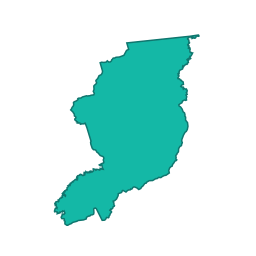 Miranda, Mato Grosso do Sul, Brazil (Mercator projection), rotated 74°
{"feature_id": "56859067B93702669901157", "entity_name": "Miranda", "entity_type": "district", "adm_level": 2, "iso_a3": "BRA", "parent_name": "Brazil", "parent_adm1": "Mato Grosso do Sul", "projection": "mercator", "projection_center": [-56.507, -20.138], "detail": "fine", "context": "isolated", "style": "filled", "palette": "teal", "viewbox_px": 256, "rotation_deg": 74, "n_neighbors": 0, "source": "geoboundaries", "source_scale": "gbopen_adm2", "svg_char_len": 5871}
<svg xmlns="http://www.w3.org/2000/svg" viewBox="0 0 256 256"><g transform="rotate(74 128 128)"><path d="M209.6,178.3L210.1,176.4L210.0,175.4L209.6,174.7L208.1,173.3L208.9,171.5L208.6,171.0L207.3,170.4L207.0,169.7L205.4,168.6L204.3,167.0L203.5,166.9L202.1,168.1L201.1,166.8L201.6,166.1L201.1,165.5L200.9,164.8L199.7,164.1L199.4,162.8L199.0,162.4L197.5,162.7L196.2,162.2L195.5,162.5L194.2,162.4L194.3,161.1L193.1,158.6L190.4,156.2L188.4,155.4L188.3,152.5L187.8,151.5L186.6,150.7L186.6,150.0L189.0,147.6L188.2,146.2L187.7,144.6L188.1,143.0L187.9,142.5L187.4,142.3L187.7,141.7L187.6,140.8L186.6,139.9L186.3,139.0L186.4,138.1L187.9,136.1L190.1,134.6L189.7,132.4L188.5,131.2L187.8,129.5L186.1,127.4L185.9,126.6L186.1,125.9L185.2,124.9L184.5,122.1L185.3,118.8L184.3,115.1L184.7,114.2L183.9,111.9L184.5,110.9L184.7,110.0L184.1,108.4L183.7,106.3L183.9,104.5L182.6,100.7L179.9,100.5L177.7,98.8L177.0,97.3L176.8,96.0L175.3,95.2L174.6,94.0L173.1,92.4L172.7,91.9L172.6,90.6L172.1,89.9L171.5,90.4L170.6,90.4L169.8,89.9L167.7,89.7L166.7,88.2L166.1,88.0L164.8,86.1L161.5,84.9L161.2,84.3L160.0,83.2L159.8,81.8L159.1,81.1L157.8,80.7L157.5,80.1L156.9,79.8L155.4,80.0L153.9,79.4L150.1,76.6L147.9,74.4L147.3,72.9L145.8,71.4L142.9,69.9L139.2,69.3L136.3,70.5L133.4,69.6L132.3,70.1L131.2,69.6L129.1,69.5L127.5,70.6L124.9,70.7L122.3,71.6L121.0,72.8L119.7,72.8L119.1,71.4L118.6,69.2L117.2,68.3L116.9,67.6L117.0,67.1L116.7,66.6L116.7,65.8L117.4,64.9L117.2,64.0L115.7,63.9L114.2,62.9L112.6,63.2L112.0,62.9L112.0,61.9L109.9,62.1L109.8,61.5L108.4,60.8L106.7,61.1L106.9,61.7L105.8,62.6L105.5,63.4L105.9,64.1L105.2,64.1L104.9,63.5L104.0,63.5L103.2,65.4L102.5,65.8L101.4,64.3L101.4,62.7L99.0,62.3L98.3,62.7L98.1,63.2L96.7,63.7L96.7,64.2L95.0,64.9L94.4,66.3L93.7,66.4L92.0,64.6L90.9,65.3L90.5,64.5L89.9,64.3L89.5,64.6L89.4,63.7L88.2,63.5L86.8,62.4L86.3,59.3L84.9,58.4L84.4,57.6L83.8,57.8L83.7,57.0L82.7,54.6L83.1,53.9L82.8,53.2L81.9,53.0L81.7,51.9L80.0,51.8L79.3,50.7L78.9,51.1L79.1,52.3L78.6,52.5L78.2,51.8L77.6,49.6L78.4,49.4L78.7,48.9L78.4,48.5L76.8,49.2L76.1,48.7L76.3,48.1L76.0,47.4L74.3,45.7L73.3,46.5L73.3,45.8L72.0,47.5L69.8,47.0L69.4,46.5L68.0,46.5L68.0,47.0L68.3,47.5L68.0,48.0L67.4,47.7L67.2,46.9L66.4,47.0L65.7,47.5L65.6,46.9L64.3,47.5L63.9,46.7L63.3,46.3L63.3,45.6L62.6,45.3L62.0,45.8L60.3,45.3L59.0,46.2L58.3,46.0L58.1,44.8L57.5,43.9L57.4,42.8L57.8,42.3L58.4,42.4L58.3,41.2L59.6,41.7L59.6,40.8L59.1,40.2L60.0,39.4L60.1,38.6L59.8,38.0L58.6,37.1L58.4,36.5L59.2,35.4L59.3,34.6L58.6,34.4L58.0,34.7L56.9,43.1L45.9,105.7L52.6,105.7L53.0,108.0L57.0,111.9L57.4,116.7L56.7,120.1L57.1,121.7L56.8,122.4L56.8,123.1L57.8,124.3L58.0,124.9L59.0,125.5L59.6,126.8L59.3,128.3L57.7,129.4L58.5,130.5L58.6,131.1L58.3,133.2L57.5,135.2L57.6,136.8L66.4,136.8L68.2,137.7L69.4,139.2L69.7,141.4L72.1,143.5L73.4,145.7L74.3,145.9L75.9,145.7L76.6,146.3L77.9,149.0L78.6,149.4L81.5,150.0L83.2,151.3L85.3,150.8L86.7,151.8L86.3,154.6L86.5,155.4L86.0,158.4L85.6,159.0L85.6,163.3L86.2,164.8L85.7,167.5L86.0,168.2L86.7,168.1L87.1,168.6L87.7,170.2L88.0,172.6L88.5,173.4L90.8,173.8L92.1,174.9L92.7,176.0L94.0,177.0L94.8,178.1L97.7,176.4L98.3,176.4L99.4,175.8L101.7,176.2L102.8,175.2L104.0,175.3L104.7,176.7L105.3,176.8L105.9,176.7L106.6,175.8L107.8,175.9L108.1,174.8L108.7,174.7L109.2,175.3L109.6,174.5L109.6,173.6L110.4,172.5L111.0,172.8L111.4,172.4L111.2,171.4L111.9,169.1L111.5,168.6L111.6,167.8L116.6,167.4L130.5,167.2L131.4,167.9L133.4,168.2L137.5,168.0L139.3,167.2L139.9,165.7L140.6,165.0L142.6,164.6L143.8,163.6L146.8,162.3L148.5,160.0L149.2,159.6L150.4,159.5L151.9,160.6L154.1,160.6L154.9,161.2L154.8,162.3L155.6,165.8L156.6,165.1L156.0,163.8L156.4,163.2L158.6,163.6L160.9,163.2L160.4,164.4L159.8,164.7L160.0,165.5L159.4,165.8L160.2,166.1L160.5,166.6L160.0,166.8L160.3,167.3L159.6,168.2L159.0,169.8L159.5,169.9L159.8,170.5L158.5,171.3L157.8,172.5L158.4,172.5L158.6,173.0L159.7,173.0L160.4,174.5L160.1,174.9L160.3,175.6L159.8,175.6L159.6,175.0L159.1,175.5L159.1,176.2L159.7,176.1L159.9,176.7L160.3,177.5L159.6,178.8L159.0,179.4L159.0,179.9L159.5,179.8L159.1,180.4L158.4,180.6L159.0,181.0L158.6,182.4L159.9,182.9L159.9,181.9L161.2,182.5L161.3,184.5L160.9,185.1L160.0,185.3L159.9,186.2L159.4,186.5L159.5,187.1L160.1,187.6L160.0,189.4L160.5,189.7L160.5,190.3L161.1,190.8L161.7,190.4L161.8,191.0L162.2,191.0L163.0,190.5L163.2,191.2L163.8,191.2L163.6,191.9L163.0,192.0L162.9,192.8L163.8,194.4L163.9,195.1L164.7,195.8L164.3,196.3L165.4,197.8L165.1,198.2L165.3,198.9L166.6,199.0L167.2,199.5L166.4,200.2L166.8,200.6L166.9,201.4L167.4,201.0L167.9,201.4L168.4,202.9L170.5,203.5L170.2,204.1L170.9,205.2L170.9,206.0L171.5,206.0L172.0,206.4L171.6,207.2L172.1,207.5L172.2,208.2L172.9,208.6L173.0,209.2L173.6,209.0L173.3,208.3L173.6,207.6L174.2,207.5L175.4,206.6L176.3,207.0L175.2,207.9L174.6,209.6L175.0,210.0L176.6,210.2L176.6,210.8L176.3,211.3L176.9,211.6L176.8,212.6L178.0,214.1L178.0,214.8L178.7,214.5L179.3,214.7L179.7,215.3L179.1,215.8L179.2,217.8L180.2,218.1L180.2,219.1L181.8,219.2L181.4,218.6L181.8,218.2L183.6,218.6L184.7,218.1L184.9,218.9L185.6,218.7L185.2,219.4L185.3,220.1L187.6,221.6L188.3,221.6L188.3,220.5L188.9,220.0L189.1,219.3L189.6,219.1L190.9,219.7L190.8,218.0L190.2,217.0L190.8,216.8L190.1,215.6L190.1,214.8L190.7,214.3L190.5,213.6L189.9,213.5L190.4,212.9L190.2,212.4L190.7,212.5L191.1,212.1L192.5,212.1L193.4,213.4L192.8,214.1L192.6,214.8L193.3,214.8L193.5,215.5L194.3,215.7L195.0,216.6L195.7,216.9L196.9,216.5L197.5,214.5L198.1,214.3L199.5,214.9L200.0,214.4L200.5,214.2L201.9,214.9L203.0,215.0L204.6,213.6L204.9,212.7L204.4,210.7L204.3,209.0L203.5,207.0L203.6,202.9L203.2,201.4L204.1,196.1L203.9,193.2L202.6,192.6L202.3,192.1L201.8,190.3L202.1,188.9L201.4,187.9L201.6,185.9L201.3,184.8L200.0,184.1L196.4,183.3L196.0,182.9L195.9,181.5L196.8,180.7L209.6,178.3ZM83.8,57.8L83.9,58.4L83.4,58.1L83.8,57.8ZM159.9,176.7L159.3,176.7L159.4,177.3L159.9,176.7Z" fill="#14b8a6" stroke="#0f766e" stroke-width="1.5"/></g></svg>